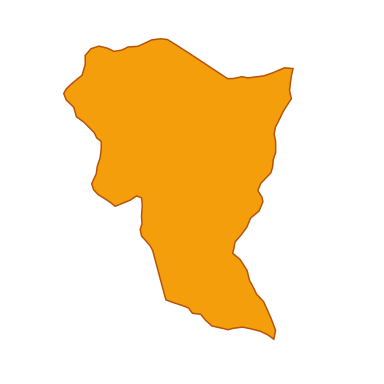 outline of Cordeirópolis, São Paulo, Brazil, rotated 83°
{"feature_id": "56859067B87866639520897", "entity_name": "Cordeirópolis", "entity_type": "district", "adm_level": 2, "iso_a3": "BRA", "parent_name": "Brazil", "parent_adm1": "São Paulo", "projection": "natural_earth1", "projection_center": [-47.407, -22.478], "detail": "fine", "context": "isolated", "style": "filled", "palette": "amber", "viewbox_px": 384, "rotation_deg": 83, "n_neighbors": 0, "source": "geoboundaries", "source_scale": "gbopen_adm2", "svg_char_len": 1411}
<svg xmlns="http://www.w3.org/2000/svg" viewBox="0 0 384 384"><g transform="rotate(83 192 192)"><path d="M81.8,76.7L80.0,85.1L83.6,97.7L85.5,106.5L85.5,122.8L83.6,128.3L84.4,136.7L83.9,142.8L54.5,177.3L45.0,188.7L37.7,197.8L36.1,204.4L36.1,213.3L40.8,227.8L40.3,237.8L42.6,244.6L42.9,252.2L39.0,258.4L35.9,266.4L37.4,274.7L43.5,281.4L52.4,282.4L62.8,287.0L66.4,292.9L70.2,298.7L74.3,304.2L78.5,307.3L85.2,305.7L93.5,299.0L103.3,297.5L109.5,290.8L116.9,285.1L121.2,281.8L126.8,279.9L130.8,275.9L138.3,276.9L146.8,279.0L155.3,283.0L162.2,284.8L171.6,290.6L177.8,289.4L183.1,285.5L188.1,279.3L192.0,274.7L196.8,270.0L192.5,254.1L189.1,247.6L191.7,242.7L199.4,243.0L210.1,245.1L217.5,245.5L222.9,248.0L229.6,247.4L239.9,240.3L245.1,238.2L290.2,231.9L295.9,231.0L299.8,223.4L304.1,214.2L306.8,209.5L312.4,206.4L314.5,198.2L320.9,194.2L327.4,188.6L331.0,178.5L333.1,172.9L332.3,167.4L332.3,158.3L335.1,149.9L338.5,141.3L343.0,134.2L348.1,128.7L339.5,125.9L327.2,128.9L319.9,131.1L309.8,134.2L301.3,140.3L293.0,143.2L287.1,145.6L276.6,146.9L265.0,152.4L257.7,159.1L253.1,157.3L246.9,155.4L240.4,148.3L233.8,142.0L225.0,137.0L219.0,127.7L210.3,122.8L205.6,123.2L198.6,126.5L191.7,122.6L182.6,111.4L177.2,109.0L169.6,107.3L162.8,104.1L152.3,102.9L144.5,103.4L137.8,101.3L129.6,95.8L123.1,91.6L118.4,87.8L111.5,82.0L102.9,82.8L95.5,81.0L88.8,79.2L81.8,76.7Z" fill="#f59e0b" stroke="#b45309" stroke-width="1.5"/></g></svg>